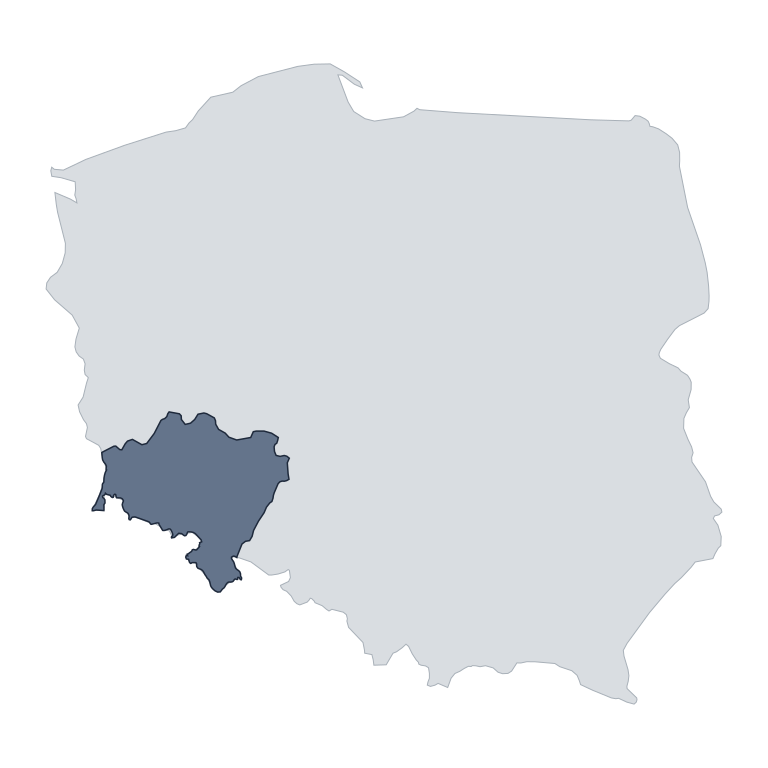 where Lower Silesian sits in Poland
{"feature_id": "POL-3141", "entity_name": "Lower Silesian", "entity_type": "Voivodeship", "adm_level": 1, "iso_a3": "POL", "parent_name": "Poland", "parent_adm1": "", "projection": "mercator", "projection_center": [16.102, 50.931], "detail": "fine", "context": "in_parent", "style": "filled", "palette": "slate", "viewbox_px": 768, "rotation_deg": 0, "n_neighbors": 0, "source": "natural_earth", "source_scale": "10m", "svg_char_len": 7217}
<svg xmlns="http://www.w3.org/2000/svg" viewBox="0 0 768 768"><path d="M688.0,439.4L691.6,446.9L693.1,452.8L691.6,457.4L692.0,462.0L705.5,481.8L710.6,496.3L713.8,501.9L721.2,509.1L721.9,512.1L718.9,514.8L714.6,515.9L713.3,518.5L717.9,525.2L721.2,536.5L720.8,545.7L718.3,548.1L715.1,553.6L712.9,558.6L695.2,562.0L691.0,567.4L681.3,577.7L674.7,583.6L664.9,594.3L649.5,612.6L627.1,643.3L623.3,650.3L624.0,656.1L628.0,669.6L628.9,675.7L628.2,681.3L626.9,686.3L627.1,688.6L636.7,697.9L637.0,699.8L636.2,702.2L634.1,704.1L626.8,702.1L618.6,698.3L615.8,698.7L611.3,697.9L593.0,690.4L580.6,684.6L579.4,680.8L577.1,675.3L571.8,670.7L559.8,666.7L554.9,663.5L535.3,661.8L526.8,661.7L520.8,663.0L516.9,662.9L511.6,671.1L508.0,673.4L502.6,673.7L498.0,672.2L493.2,667.9L485.5,665.7L480.0,666.7L475.9,665.8L472.4,665.6L471.2,666.5L468.4,666.3L464.3,668.4L459.8,671.3L454.9,673.5L451.1,678.2L447.7,687.5L438.1,683.4L434.9,685.2L430.4,686.4L427.3,685.1L428.0,681.9L429.4,678.3L429.4,673.3L428.5,667.7L425.5,665.9L421.1,665.2L418.8,664.1L418.5,662.3L416.2,659.9L412.3,653.9L408.6,646.4L406.0,644.2L402.2,647.7L396.5,651.8L393.0,653.2L386.2,664.8L373.9,665.2L373.2,659.8L371.9,654.6L364.7,653.2L364.5,650.2L363.0,642.5L348.6,627.4L346.9,621.1L347.4,618.7L346.4,614.7L343.3,612.2L331.9,609.3L329.0,611.0L326.4,609.3L322.2,605.7L315.0,602.7L314.3,601.2L311.7,598.6L310.2,598.2L309.3,599.8L307.2,602.1L299.8,604.9L296.9,603.7L294.2,601.3L291.2,596.0L286.7,591.3L283.1,589.7L281.0,587.2L280.5,585.3L288.6,581.5L290.4,577.6L289.4,570.4L288.2,569.5L284.9,571.9L278.2,574.0L271.9,575.0L268.7,575.0L250.9,561.9L239.3,557.9L232.5,556.7L231.7,558.1L234.8,565.4L240.1,574.5L239.9,576.9L229.9,582.2L225.6,585.4L222.0,589.7L218.8,591.7L216.1,591.2L213.3,589.1L205.9,575.7L196.6,565.4L195.5,563.1L192.6,562.6L188.5,560.3L187.1,557.1L189.2,553.8L192.0,550.8L197.0,548.9L198.5,547.2L199.4,544.5L201.3,541.1L200.8,539.9L197.2,536.0L192.0,532.4L177.3,535.1L173.3,537.1L171.1,534.5L169.4,530.8L165.7,530.1L160.6,526.7L154.6,523.4L148.7,522.4L136.5,517.6L131.8,517.3L129.1,515.7L126.3,512.0L123.9,508.0L122.6,499.9L113.6,496.2L104.7,493.9L104.1,495.1L104.4,503.3L103.9,507.6L98.0,510.4L92.2,510.6L92.5,509.3L99.5,494.5L102.7,485.2L106.2,468.2L101.9,454.7L100.7,448.4L98.7,445.3L86.5,438.7L85.5,436.5L87.4,427.5L86.5,423.7L83.5,419.7L79.6,411.8L78.1,405.0L83.1,397.1L86.5,383.2L88.3,377.6L85.1,374.5L84.3,370.1L85.1,363.8L83.4,359.1L79.1,356.0L76.2,351.9L74.9,346.9L76.0,339.0L79.3,328.1L72.2,315.1L54.6,299.8L46.1,289.0L46.8,282.9L50.5,277.3L57.2,272.3L62.3,263.5L65.2,252.9L65.4,243.3L57.6,212.3L56.3,204.5L54.9,192.5L70.4,199.1L76.9,202.9L76.1,198.7L74.8,195.1L75.6,189.8L75.2,181.8L61.1,177.7L51.8,176.3L50.8,170.8L51.7,167.2L54.3,169.3L63.4,170.1L85.9,159.4L124.6,145.3L166.1,132.1L175.7,130.7L185.5,127.9L189.1,122.9L192.6,119.6L198.3,110.9L210.8,97.2L232.8,92.2L241.1,85.7L258.3,76.6L297.7,66.4L314.1,64.2L330.2,63.9L344.6,72.0L359.8,81.9L362.5,87.9L354.3,84.2L342.3,75.2L337.9,74.9L348.1,102.0L353.7,111.5L365.0,118.7L374.5,121.1L403.6,116.8L414.0,111.1L417.0,108.3L419.7,109.7L457.9,112.7L590.7,119.8L628.9,120.9L631.2,120.2L635.1,115.6L639.8,116.2L645.4,119.1L648.1,121.2L649.2,123.5L649.9,126.3L652.9,126.8L658.6,128.9L666.1,133.7L672.1,138.3L677.7,144.9L679.6,152.4L679.7,160.8L679.4,166.2L687.6,207.4L700.5,244.8L705.2,262.7L707.1,272.3L708.6,286.0L709.1,295.7L709.0,301.1L708.1,308.6L704.2,313.0L679.5,325.6L674.9,329.5L667.6,339.3L660.8,349.3L659.3,352.7L658.9,355.0L660.4,358.3L669.2,363.6L678.1,367.9L681.0,371.2L687.5,375.3L689.9,379.0L691.2,382.2L691.1,389.6L688.2,399.8L689.4,407.6L686.4,412.7L683.9,418.4L683.6,428.4L688.0,439.4Z" fill="#d9dde1" stroke="#a8b0b8" stroke-width="1"/><path d="M112.4,497.5L111.5,497.0L110.7,496.2L110.1,495.2L106.7,494.4L105.4,493.2L105.2,494.1L104.9,494.6L103.9,495.3L103.5,495.4L103.1,495.6L102.8,495.9L102.5,496.2L102.8,497.5L103.8,498.3L104.9,499.8L105.0,503.0L104.7,503.5L104.1,504.3L103.9,504.6L103.8,505.2L103.9,505.6L103.9,505.9L104.0,509.7L103.9,510.6L96.2,510.0L93.7,510.7L92.3,510.7L92.3,508.7L93.2,507.1L95.6,504.4L99.1,496.2L102.1,488.6L102.3,487.3L102.3,485.2L102.4,484.2L102.8,483.4L103.3,482.9L103.8,482.2L103.9,480.8L104.0,478.1L104.5,475.1L105.4,472.2L106.6,469.9L106.3,469.6L106.1,469.3L106.4,466.1L105.4,464.0L103.9,462.2L102.7,460.0L102.5,459.2L102.2,457.3L102.2,457.2L101.8,452.6L103.0,451.8L113.9,446.2L115.8,446.1L119.8,449.6L121.8,449.8L125.2,443.8L127.5,441.1L132.4,439.4L141.9,444.7L146.7,443.5L154.2,433.5L160.9,420.5L162.4,419.4L164.7,418.6L166.8,416.6L167.8,413.7L169.1,411.9L179.4,413.8L181.2,415.8L181.4,419.5L185.2,424.4L190.5,423.2L194.7,419.5L198.0,414.2L203.9,413.0L206.7,413.7L214.3,417.9L215.5,420.7L215.7,424.2L218.6,429.4L225.2,433.1L228.9,437.2L236.7,440.0L250.7,437.5L253.3,431.7L256.1,431.1L264.1,431.1L271.6,433.2L278.3,437.5L277.6,440.7L276.7,443.3L275.0,444.4L274.1,446.8L274.5,451.5L276.1,455.4L280.1,456.4L284.2,455.5L286.8,456.2L289.3,458.2L287.3,462.8L288.1,473.9L289.0,479.3L286.7,480.6L284.4,481.2L282.1,481.1L279.9,481.8L278.1,483.7L274.2,492.8L273.4,495.4L273.0,498.2L271.9,501.5L269.8,502.9L266.5,507.1L264.1,512.7L258.5,521.1L253.6,530.4L252.1,536.4L249.6,540.6L245.5,541.3L242.0,544.0L237.1,556.2L236.8,557.5L234.9,556.3L233.3,556.1L231.5,557.2L231.5,558.7L233.7,561.9L234.4,563.9L234.9,566.1L235.6,568.2L236.9,569.5L238.5,570.5L239.8,571.8L240.5,573.7L240.6,576.3L241.5,577.5L241.6,578.9L241.2,579.8L240.3,579.5L239.6,578.4L239.3,577.7L238.9,577.5L237.9,577.4L237.7,577.7L237.7,579.0L237.6,579.4L236.9,579.5L235.7,579.0L235.1,579.0L234.3,579.6L233.2,581.2L232.5,581.7L231.8,581.9L230.9,582.1L229.6,582.0L228.2,582.2L226.7,583.5L225.5,585.4L224.8,586.8L223.9,588.0L222.4,589.1L220.3,591.9L217.6,592.1L214.8,590.7L212.4,588.5L211.2,586.9L210.6,585.6L209.8,582.0L209.1,580.0L207.0,577.9L206.2,576.3L205.2,575.0L203.5,571.8L202.5,570.5L201.0,569.4L198.0,568.3L196.8,566.7L196.6,565.8L196.7,564.8L196.6,563.8L196.1,562.8L195.5,562.6L192.4,562.6L191.6,562.9L191.1,563.3L190.6,563.4L189.8,562.7L189.4,562.1L188.6,559.3L186.4,559.0L185.7,557.1L186.3,555.4L187.6,555.7L187.5,555.4L187.2,554.2L187.6,554.1L188.2,553.7L188.6,553.6L189.6,552.7L190.8,552.0L191.8,551.1L192.3,549.8L193.4,549.4L195.6,550.0L196.7,549.8L197.4,548.9L198.8,547.5L199.3,546.7L199.2,546.7L199.1,546.1L199.2,545.3L199.3,544.7L199.6,544.1L199.8,543.8L199.8,543.5L199.6,542.7L201.7,541.8L201.1,539.8L195.3,533.6L193.2,532.4L191.0,531.9L188.6,531.8L187.7,532.0L187.2,533.1L186.7,534.4L185.9,535.5L184.7,535.8L183.7,535.3L181.6,533.6L178.7,533.3L174.5,537.4L171.6,537.9L171.5,537.6L171.4,537.3L171.5,536.9L171.6,536.6L172.6,535.8L172.8,534.5L172.4,533.1L171.8,531.6L170.9,529.9L170.0,529.0L168.9,528.9L164.9,530.4L163.0,530.5L162.6,530.3L159.1,524.5L158.9,523.8L158.8,523.1L157.1,522.9L151.5,524.3L150.7,524.1L150.3,523.6L149.4,522.2L148.6,521.7L140.5,518.8L135.0,516.9L132.2,517.2L131.6,517.9L130.9,519.1L130.2,519.9L129.2,519.6L128.8,518.7L128.9,517.7L129.0,516.6L129.0,515.5L128.2,513.5L127.2,512.7L126.0,512.1L124.6,511.1L123.9,509.9L123.1,508.1L122.5,506.2L122.2,504.7L122.7,502.7L123.3,501.6L123.4,500.5L122.3,498.8L120.5,497.9L116.6,497.8L116.0,496.2L115.7,494.6L114.9,494.2L114.0,494.8L113.4,496.2L113.2,497.3L112.4,497.5Z" fill="#64748b" stroke="#1e293b" stroke-width="1.5"/></svg>